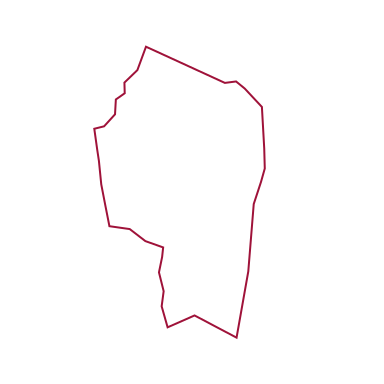 outline of Ayawaso East Municipal, Greater Accra, Ghana, rotated 346°
{"feature_id": "2480657B29980074443403", "entity_name": "Ayawaso East Municipal", "entity_type": "district", "adm_level": 2, "iso_a3": "GHA", "parent_name": "Ghana", "parent_adm1": "Greater Accra", "projection": "natural_earth1", "projection_center": [-0.194, 5.59], "detail": "fine", "context": "isolated", "style": "outline", "palette": "rose", "viewbox_px": 384, "rotation_deg": 346, "n_neighbors": 0, "source": "geoboundaries", "source_scale": "gbopen_adm2", "svg_char_len": 554}
<svg xmlns="http://www.w3.org/2000/svg" viewBox="0 0 384 384"><g transform="rotate(346 192 192)"><path d="M280.4,126.4L268.2,104.4L261.5,95.4L250.3,94.1L182.5,39.9L168.5,60.5L152.9,69.5L150.6,79.9L140.5,83.8L136.1,98.0L122.6,107.0L112.5,107.0L110.3,127.7L109.2,139.3L105.8,162.6L104.7,183.2L103.6,205.2L122.6,212.9L134.9,228.4L150.6,238.8L147.3,247.8L140.5,262.0L140.5,281.4L134.9,295.6L135.6,317.4L164.6,312.4L200.0,344.1L227.4,282.7L249.0,218.6L261.4,198.9L268.3,186.8L272.6,167.3L280.4,126.4Z" fill="none" stroke="#9f1239" stroke-width="2"/></g></svg>